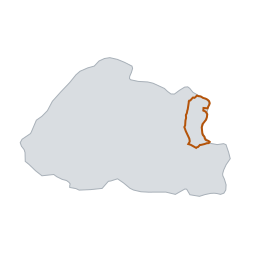 where Tashi Yangtse sits in Bhutan, rotated 7°
{"feature_id": "BTN-2484", "entity_name": "Tashi Yangtse", "entity_type": "District", "adm_level": 1, "iso_a3": "BTN", "parent_name": "Bhutan", "parent_adm1": "", "projection": "equal_earth", "projection_center": [91.488, 27.679], "detail": "fine", "context": "in_parent", "style": "outline", "palette": "amber", "viewbox_px": 256, "rotation_deg": 7, "n_neighbors": 0, "source": "natural_earth", "source_scale": "10m", "svg_char_len": 2255}
<svg xmlns="http://www.w3.org/2000/svg" viewBox="0 0 256 256"><g transform="rotate(7 128 128)"><path d="M204.8,106.6L204.4,108.5L202.6,113.5L201.5,119.0L202.5,123.6L206.4,128.9L211.8,133.2L218.6,133.6L224.8,131.9L227.3,132.6L230.8,139.8L233.2,146.0L229.9,152.4L228.1,158.0L227.5,162.0L227.9,163.8L229.9,167.0L232.3,172.5L232.6,177.6L231.1,181.0L227.9,182.6L224.5,182.2L221.6,182.2L218.1,182.8L212.5,184.7L207.3,187.1L197.6,186.7L193.7,181.6L191.9,181.6L183.1,188.1L173.4,187.0L155.9,189.2L148.6,189.7L141.1,188.9L137.3,187.6L130.2,183.0L123.8,179.7L117.3,182.7L115.0,183.3L109.7,191.1L98.4,193.7L87.1,195.6L83.8,194.5L77.4,194.1L77.2,192.2L77.4,190.5L75.9,189.0L73.3,187.6L68.9,187.0L63.2,185.0L60.0,183.2L48.4,185.9L41.6,181.8L34.0,176.1L30.1,173.7L28.8,164.9L27.5,162.1L24.5,159.1L22.8,155.7L24.2,152.1L31.9,145.4L32.5,143.9L36.1,131.4L41.1,126.9L45.9,120.6L49.7,110.7L56.8,100.5L64.6,90.0L69.9,81.5L73.5,77.5L80.8,73.2L86.9,70.7L91.1,65.0L96.2,61.9L101.4,60.4L109.1,61.2L116.4,63.2L124.4,66.1L125.3,68.3L124.6,72.4L123.4,76.5L123.4,78.6L124.6,79.8L132.4,80.5L142.0,79.9L147.4,80.5L159.3,84.3L162.8,86.9L166.5,89.0L170.0,88.6L174.6,84.2L179.3,80.5L182.3,79.9L184.4,81.1L188.2,84.7L196.1,88.0L203.1,90.5L205.4,92.9L204.6,103.2L204.8,106.6Z" fill="#d9dde1" stroke="#a8b0b8" stroke-width="1"/><path d="M192.5,87.4L193.1,87.6L194.1,87.8L196.3,87.8L198.9,89.0L201.4,89.4L202.8,89.9L204.1,90.6L205.2,91.5L206.1,93.4L205.8,95.1L205.1,96.8L204.6,98.8L200.5,98.9L200.6,101.5L203.1,102.3L205.0,104.7L205.0,107.7L204.5,110.2L201.5,115.1L201.1,118.4L202.5,124.5L203.1,125.7L204.9,127.4L205.4,128.8L206.4,130.2L207.8,130.7L209.4,131.0L210.8,131.8L210.6,132.4L210.2,132.9L209.8,133.2L208.1,133.5L205.9,134.6L202.2,136.0L201.5,136.0L200.0,138.0L199.8,138.3L198.2,139.0L198.0,139.4L192.2,137.0L189.8,136.6L190.8,134.3L190.9,133.6L190.8,133.2L190.1,131.0L185.7,124.0L184.5,121.6L183.8,120.2L184.4,118.5L184.1,113.4L184.4,111.3L184.4,110.7L184.0,108.8L183.9,108.2L184.0,107.6L184.3,107.0L184.6,106.0L184.7,104.6L184.7,103.7L185.0,102.2L185.2,95.3L185.1,94.3L185.2,93.8L185.4,93.4L185.7,93.3L186.0,93.3L186.3,93.2L186.6,92.9L188.6,90.0L188.9,89.8L189.2,89.8L189.9,90.0L190.2,90.0L190.5,89.8L191.4,88.8L192.5,87.4Z" fill="none" stroke="#b45309" stroke-width="2"/></g></svg>